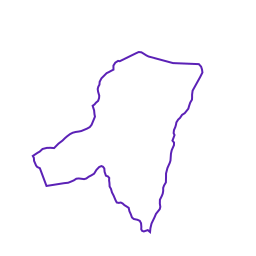 Pontal, São Paulo, Brazil, rotated 209°
{"feature_id": "56859067B44935232786988", "entity_name": "Pontal", "entity_type": "district", "adm_level": 2, "iso_a3": "BRA", "parent_name": "Brazil", "parent_adm1": "São Paulo", "projection": "equal_earth", "projection_center": [-48.065, -20.99], "detail": "fine", "context": "isolated", "style": "outline", "palette": "violet", "viewbox_px": 256, "rotation_deg": 209, "n_neighbors": 0, "source": "geoboundaries", "source_scale": "gbopen_adm2", "svg_char_len": 1920}
<svg xmlns="http://www.w3.org/2000/svg" viewBox="0 0 256 256"><g transform="rotate(209 128 128)"><path d="M197.7,57.4L195.9,56.3L194.2,53.7L191.6,51.7L190.2,50.6L188.5,49.9L185.6,50.1L171.2,37.8L157.1,48.8L153.8,51.1L152.1,53.2L150.0,55.9L148.6,58.6L146.6,60.0L144.9,60.7L141.6,62.0L140.0,63.6L138.7,66.4L137.1,68.8L135.5,71.6L135.3,76.1L134.3,79.9L132.8,81.8L131.1,82.0L129.1,81.1L127.2,78.3L124.2,75.6L122.0,75.9L120.2,75.2L119.2,73.1L117.5,70.8L115.7,67.9L113.4,66.5L110.8,63.9L107.8,61.9L103.6,58.6L101.7,57.4L99.8,58.0L98.2,59.3L96.2,59.4L93.8,58.8L91.5,58.7L88.7,58.5L86.4,55.9L83.7,53.9L81.2,51.7L78.9,51.2L75.3,52.3L72.7,52.5L70.4,51.0L68.4,48.0L67.3,45.8L65.8,44.9L64.0,45.2L61.2,48.3L58.3,47.7L59.8,51.2L61.1,55.8L61.3,59.1L61.5,62.8L61.9,66.5L60.9,72.4L61.5,74.7L63.5,77.3L65.3,80.7L65.5,85.0L65.8,87.4L66.7,90.0L68.2,92.7L68.6,95.2L68.5,98.8L71.0,103.6L72.7,106.7L74.1,112.1L74.6,117.9L75.1,120.2L78.0,126.4L79.0,129.8L79.5,135.3L80.7,137.6L83.0,138.5L83.4,141.3L83.9,144.4L85.6,145.6L86.8,148.5L87.1,151.8L87.6,154.0L88.4,156.4L88.2,159.7L87.4,162.1L87.1,165.7L85.6,168.4L84.6,174.1L85.3,177.1L85.9,180.4L85.8,183.8L86.7,185.7L88.1,188.2L89.6,192.0L89.6,205.2L89.6,207.6L89.8,212.6L91.6,215.0L93.8,217.1L97.0,218.2L120.1,206.6L144.7,200.5L147.1,200.4L150.4,200.6L153.0,200.7L155.5,199.6L157.2,197.3L167.6,182.4L169.2,181.9L170.8,179.0L171.0,175.5L169.0,172.0L170.3,170.1L171.8,167.7L173.3,165.6L174.4,161.7L175.3,158.6L175.2,154.7L174.0,152.1L174.0,149.8L173.4,147.4L171.8,145.3L168.8,142.3L167.8,140.1L167.3,137.2L168.3,134.6L168.7,132.4L169.7,130.3L167.8,128.5L166.2,127.0L164.0,123.8L162.4,121.9L162.1,119.3L161.7,115.8L161.4,113.1L161.9,110.2L163.6,107.5L167.4,102.7L169.4,101.0L171.8,99.2L174.0,97.1L175.7,94.6L177.2,91.3L178.2,88.6L179.2,85.2L181.2,80.7L182.9,74.6L186.0,73.2L189.3,71.3L192.6,68.2L193.8,64.5L195.0,62.6L196.2,60.3L197.7,57.4Z" fill="none" stroke="#5b21b6" stroke-width="2"/></g></svg>